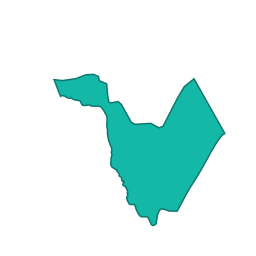 the district of Belén, Salto, Uruguay, rotated 208°
{"feature_id": "84410073B21577121406098", "entity_name": "Belén", "entity_type": "district", "adm_level": 2, "iso_a3": "URY", "parent_name": "Uruguay", "parent_adm1": "Salto", "projection": "equal_earth", "projection_center": [-57.672, -30.856], "detail": "fine", "context": "isolated", "style": "filled", "palette": "teal", "viewbox_px": 256, "rotation_deg": 208, "n_neighbors": 0, "source": "geoboundaries", "source_scale": "gbopen_adm2", "svg_char_len": 2160}
<svg xmlns="http://www.w3.org/2000/svg" viewBox="0 0 256 256"><g transform="rotate(208 128 128)"><path d="M155.4,130.5L153.2,129.2L151.3,127.2L149.9,124.7L148.6,121.7L147.5,119.5L145.0,116.4L143.6,113.6L141.6,110.7L138.9,107.6L135.6,104.6L133.5,103.1L132.6,102.1L131.8,100.3L131.1,98.4L129.6,96.9L129.0,94.2L127.4,90.6L126.3,88.0L124.4,86.2L122.4,85.8L120.4,85.7L118.9,85.6L118.4,85.8L117.9,84.9L117.3,84.7L114.9,83.8L114.1,83.2L113.8,82.2L112.9,81.4L111.0,81.4L110.4,81.1L109.9,80.9L109.9,80.0L109.2,79.2L108.7,78.9L108.0,78.4L107.4,78.2L107.1,78.5L107.0,79.0L106.6,79.0L106.4,78.9L106.2,78.3L106.1,77.5L106.2,76.5L106.2,76.2L105.8,75.5L105.7,75.2L105.4,75.0L105.1,74.9L104.7,75.0L104.4,75.2L103.9,75.2L103.5,75.1L102.9,75.0L101.4,74.0L100.7,73.7L100.2,73.3L98.6,71.9L98.2,71.2L98.2,70.5L98.0,70.3L97.8,70.1L97.8,69.7L97.6,69.4L97.1,69.2L96.7,68.6L96.4,68.0L96.4,67.4L96.5,66.9L96.6,66.4L96.5,66.0L96.1,65.3L95.5,64.7L94.6,63.7L93.2,62.8L92.4,62.2L91.6,61.7L90.8,61.6L90.0,61.6L88.6,62.1L87.4,63.0L86.2,63.5L85.9,63.5L85.0,62.2L84.2,62.0L83.6,60.9L81.4,59.1L78.6,57.1L75.8,55.8L74.2,56.1L73.4,56.4L72.2,57.0L70.3,58.3L68.4,58.4L65.7,56.5L63.7,54.9L62.0,53.6L60.3,53.6L59.3,54.4L58.3,56.5L58.9,58.6L60.0,61.8L61.1,65.1L61.6,68.6L61.0,72.1L57.3,73.4L52.9,73.9L46.6,77.1L45.6,77.7L45.5,81.5L45.5,84.3L45.5,87.8L45.5,92.2L45.5,95.9L45.3,100.7L45.3,104.0L44.8,108.9L44.7,110.7L44.6,112.3L44.3,115.6L44.0,121.8L43.8,125.5L43.7,129.9L43.6,134.0L43.5,138.6L43.5,142.7L43.4,146.3L43.2,150.0L43.1,152.9L43.0,155.0L42.9,156.6L42.7,158.6L42.1,162.6L41.5,165.7L40.0,168.7L92.8,202.4L97.7,191.0L98.3,178.0L97.9,145.8L100.8,142.7L110.0,142.8L123.4,134.6L127.8,134.6L144.9,145.7L149.1,146.7L154.5,142.4L157.1,141.8L161.3,147.3L167.6,157.0L175.6,156.3L178.3,159.6L183.5,159.2L190.1,155.3L197.1,147.2L208.1,139.1L216.0,136.0L202.5,124.3L201.2,125.9L199.8,126.2L198.5,126.4L196.3,126.2L194.1,126.6L192.2,127.8L190.2,127.6L187.9,128.0L186.1,128.3L184.7,129.2L182.4,129.3L180.8,127.8L179.0,126.7L176.9,127.5L174.8,128.9L173.2,130.2L171.5,130.0L168.8,130.9L165.9,132.7L163.3,133.7L161.3,133.8L157.9,132.2L155.4,130.5Z" fill="#14b8a6" stroke="#0f766e" stroke-width="1.5"/></g></svg>